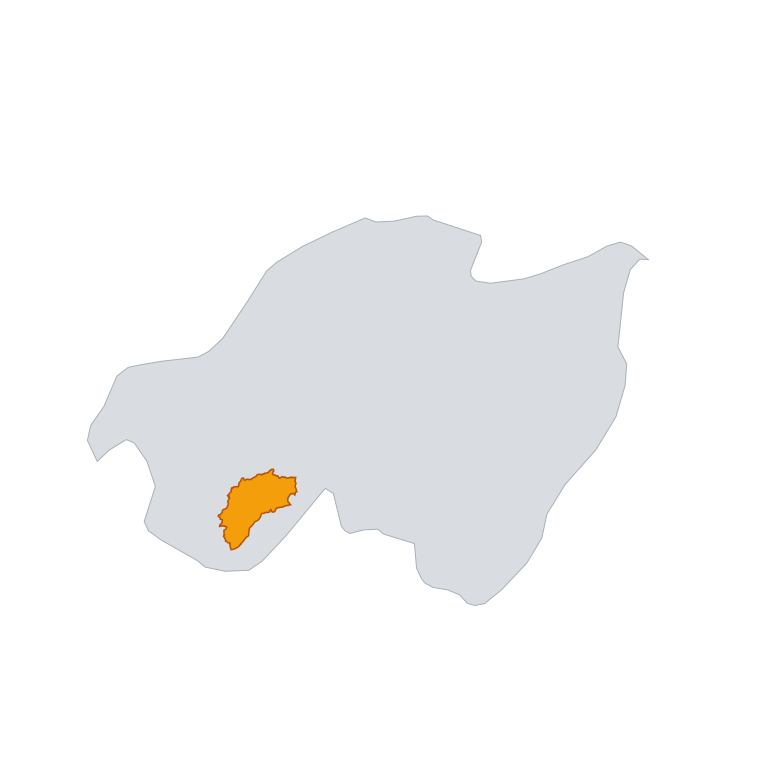 Huye, Southern, Rwanda (highlighted), rotated 36°
{"feature_id": "39286606B50862047870193", "entity_name": "Huye", "entity_type": "district", "adm_level": 2, "iso_a3": "RWA", "parent_name": "Rwanda", "parent_adm1": "Southern", "projection": "equal_earth", "projection_center": [29.71, -2.532], "detail": "fine", "context": "in_parent", "style": "filled", "palette": "amber", "viewbox_px": 768, "rotation_deg": 36, "n_neighbors": 0, "source": "geoboundaries", "source_scale": "gbopen_adm2", "svg_char_len": 6964}
<svg xmlns="http://www.w3.org/2000/svg" viewBox="0 0 768 768"><g transform="rotate(36 384 384)"><path d="M320.5,222.5L327.7,222.3L374.9,207.1L379.6,211.8L387.2,241.3L391.2,245.6L397.8,246.7L411.0,239.9L435.3,216.8L445.9,202.8L458.4,183.1L474.3,160.9L483.2,141.5L491.9,130.2L503.3,126.8L515.9,127.6L524.7,128.0L517.5,132.6L516.0,146.8L524.3,169.5L551.4,216.5L568.6,225.1L579.9,243.4L590.9,274.2L594.1,312.6L589.6,358.9L592.3,393.4L602.2,415.9L604.8,445.2L600.1,481.2L594.4,502.7L587.6,509.8L579.9,512.5L569.4,510.1L556.7,513.1L542.9,519.9L534.2,520.9L528.8,519.5L518.6,513.8L502.4,495.2L472.3,505.5L464.2,505.2L453.2,514.1L444.2,525.0L438.7,525.7L433.2,524.2L407.3,502.3L397.8,503.0L393.9,564.6L389.6,598.8L384.2,614.1L365.7,628.8L347.0,637.2L336.8,636.6L295.7,641.2L279.7,641.2L270.8,636.2L259.3,601.3L237.5,585.8L216.6,578.5L208.1,580.5L200.6,598.8L197.5,615.2L177.2,603.9L171.1,590.1L170.6,566.7L163.2,534.6L167.3,520.9L175.2,512.1L192.0,495.1L217.6,471.7L223.1,460.5L226.7,441.8L225.1,398.4L222.6,361.8L225.6,348.7L237.3,320.4L252.9,291.4L271.2,260.7L282.2,257.7L296.7,246.1L311.9,229.0L320.5,222.5Z" fill="#d9dde1" stroke="#a8b0b8" stroke-width="1"/><path d="M340.3,526.3L339.9,526.3L339.8,526.7L339.7,527.5L339.1,527.6L338.7,528.3L338.6,528.8L338.0,529.4L338.1,529.5L337.4,529.5L337.2,529.6L337.1,529.9L336.4,530.2L336.2,530.4L335.5,530.9L335.4,531.2L335.1,531.4L335.0,531.7L334.8,531.9L334.7,533.9L334.6,534.1L334.5,534.7L333.8,535.7L333.0,537.5L332.7,539.1L332.6,539.4L332.2,539.3L332.1,539.8L330.5,540.9L330.1,540.9L329.9,541.1L329.2,541.4L328.7,542.0L328.2,543.5L327.8,543.8L327.1,543.8L326.8,543.6L326.5,543.4L326.0,542.7L325.8,542.6L325.2,543.2L324.8,543.4L324.9,543.6L324.5,544.1L324.5,544.9L325.0,545.7L325.0,546.3L325.0,546.9L325.1,547.3L325.1,548.0L324.8,548.5L324.9,549.0L325.5,550.8L326.4,551.8L326.5,552.6L326.0,552.8L325.6,553.3L324.8,554.0L324.5,554.4L323.8,554.8L323.8,555.0L323.8,554.9L323.6,555.1L323.3,555.1L323.0,555.5L322.9,556.0L322.9,556.3L322.8,557.0L322.4,556.7L322.3,556.8L321.9,557.5L322.0,557.6L322.0,558.3L322.3,558.5L322.3,558.8L322.5,559.0L322.7,559.9L323.0,560.1L323.3,560.5L323.5,560.8L323.7,561.2L323.4,561.8L323.3,563.5L323.2,563.9L323.2,564.7L323.4,564.9L323.3,565.3L322.9,566.2L323.1,566.4L323.8,566.4L324.4,565.7L324.7,565.6L324.8,565.8L325.0,566.7L325.1,567.2L325.6,567.0L326.2,567.1L326.1,567.8L326.1,568.3L326.4,568.9L326.3,569.6L326.7,571.1L327.1,571.3L327.7,571.5L328.0,572.2L328.5,572.6L328.9,573.5L329.1,574.7L329.3,574.9L329.4,575.4L329.6,575.7L329.6,576.6L329.3,577.3L329.3,577.5L329.3,577.8L328.9,578.5L328.7,579.0L327.8,580.0L327.6,580.6L327.6,581.1L327.9,581.9L328.5,582.7L328.6,583.8L328.3,585.1L328.3,586.0L327.6,586.9L327.2,587.1L327.7,588.5L328.2,588.3L329.0,588.5L329.3,588.2L329.6,588.1L330.0,588.5L330.5,589.2L330.8,589.5L331.2,589.7L332.2,589.0L332.7,589.1L332.9,588.9L333.0,589.1L333.4,589.2L333.6,589.4L333.6,589.6L333.8,590.3L334.1,590.6L334.1,590.8L334.3,590.9L334.3,591.1L334.5,591.3L334.3,592.0L334.4,592.7L334.3,592.9L334.4,593.3L334.1,593.8L334.1,594.1L334.2,594.3L334.1,594.7L334.3,595.1L334.4,595.4L334.7,595.6L334.6,595.9L334.7,596.0L335.0,595.8L335.3,595.2L335.7,594.8L335.9,594.6L336.0,594.5L336.2,594.1L336.4,594.1L336.5,593.9L336.8,593.8L336.9,593.3L337.3,593.2L337.5,593.3L337.8,593.0L338.2,593.0L338.2,592.8L338.5,592.7L338.8,592.5L339.0,592.7L339.5,592.5L339.6,592.4L340.0,592.5L340.1,592.3L340.9,592.1L341.0,592.8L341.4,593.6L341.0,595.4L340.5,596.2L340.6,596.6L340.8,597.0L342.1,598.3L342.7,599.5L343.1,599.6L343.3,599.9L343.7,600.0L343.5,600.6L343.7,601.6L344.1,601.8L345.0,601.7L346.4,602.8L346.8,602.9L347.7,603.6L347.8,603.6L347.9,603.8L348.2,604.0L348.3,604.3L348.8,604.1L349.6,603.9L350.8,604.2L351.3,604.1L352.4,603.2L352.8,603.3L353.2,604.1L353.4,604.1L353.6,604.0L353.7,604.3L354.0,604.7L354.3,604.8L354.5,605.2L354.9,605.6L355.0,605.7L355.5,606.5L356.5,606.9L357.0,607.3L357.7,608.0L358.3,607.2L358.6,606.9L358.9,606.7L359.4,605.9L360.1,605.3L360.5,604.4L360.5,603.9L361.5,602.5L361.6,601.9L362.0,600.9L362.1,600.1L362.1,599.5L362.1,599.1L362.1,598.9L362.2,598.7L362.2,598.3L362.4,598.0L362.4,597.5L362.2,597.4L362.3,597.3L362.3,597.1L362.2,596.7L362.3,596.4L362.3,595.7L362.5,595.2L362.4,594.9L362.6,593.2L362.5,590.9L362.6,590.6L362.6,589.7L362.7,589.3L362.7,588.9L362.9,588.5L362.9,588.0L363.4,587.3L363.5,586.8L363.5,586.3L363.2,585.5L362.8,584.8L362.3,584.4L361.2,582.4L360.8,581.3L360.3,580.8L360.0,579.6L360.0,578.6L360.4,576.9L360.4,575.8L360.6,573.8L360.5,572.6L360.5,571.2L361.4,569.9L362.0,568.6L362.2,567.7L362.3,566.4L362.3,564.9L362.1,563.8L361.3,561.6L361.2,560.7L361.4,560.3L362.0,559.8L362.6,559.5L363.0,559.2L363.4,558.1L364.1,557.0L364.4,557.0L364.8,556.8L365.0,556.5L365.6,556.2L366.3,555.4L366.6,554.7L366.4,554.3L366.0,553.8L365.9,553.2L366.1,552.4L366.3,552.1L366.6,552.2L367.0,552.6L367.5,552.8L367.7,553.1L368.8,553.3L369.4,553.0L369.7,552.5L370.2,552.2L370.5,551.3L370.4,550.9L370.5,550.3L370.1,549.6L370.2,549.3L370.1,549.1L370.1,548.0L370.2,547.3L370.5,547.1L370.7,546.7L370.9,546.7L371.1,546.2L371.3,545.9L371.8,545.7L372.1,545.1L373.7,543.7L374.2,543.5L374.8,542.4L374.9,541.9L375.5,541.2L375.7,540.8L376.3,540.1L376.6,539.4L377.0,539.3L377.8,538.5L378.0,538.5L378.2,537.7L379.4,536.6L378.9,536.5L378.3,536.6L377.9,536.2L377.0,535.8L376.0,535.8L375.5,535.6L375.2,535.6L374.6,534.8L374.3,534.2L374.1,534.0L373.8,533.6L373.5,533.5L373.3,533.2L373.4,532.5L373.2,532.0L373.2,530.7L373.0,529.5L373.1,529.0L372.9,527.7L373.9,527.3L374.6,526.2L374.8,526.1L375.3,525.7L375.5,525.6L375.8,525.6L376.2,526.1L376.5,526.2L377.1,526.3L376.7,525.1L376.2,524.3L376.1,523.9L376.3,523.0L376.8,522.3L376.2,522.1L375.8,521.7L375.6,521.4L374.9,520.7L374.5,520.6L373.1,519.6L372.4,519.4L371.9,518.4L371.5,517.0L371.3,516.3L370.5,515.8L370.1,515.3L369.5,515.1L369.0,515.2L368.9,514.9L368.9,514.7L368.6,513.8L368.2,513.0L368.1,512.6L367.5,512.0L367.4,511.6L366.8,512.2L365.9,512.4L365.8,513.0L365.7,513.1L365.4,513.2L365.0,513.2L364.9,513.4L364.8,513.7L364.6,513.9L364.3,514.0L363.4,513.9L363.1,514.7L362.7,515.3L362.2,515.7L362.0,515.9L361.9,516.3L361.6,516.5L361.0,517.1L360.6,517.3L359.9,517.2L359.5,517.4L359.1,517.5L358.9,517.4L358.7,517.6L358.4,517.6L358.0,518.3L357.5,518.4L357.4,518.6L357.1,518.4L356.7,518.6L356.4,518.7L356.1,519.0L355.8,519.0L355.7,519.8L355.3,520.8L354.9,521.4L354.8,521.7L354.7,521.8L354.2,521.7L353.9,521.5L353.6,521.5L353.3,521.2L353.1,521.2L352.8,521.0L352.2,520.9L352.1,521.0L351.8,520.9L351.6,521.1L351.3,521.1L351.2,521.3L350.3,521.8L350.0,521.6L349.6,521.6L348.4,522.4L347.4,522.6L347.1,522.4L346.7,522.4L346.6,522.2L346.5,521.4L346.1,520.9L345.9,520.5L346.0,520.0L345.9,520.0L345.8,519.6L345.9,519.3L345.7,518.7L345.3,518.4L345.1,518.4L344.7,518.1L344.4,518.4L343.8,518.5L343.5,518.8L343.4,519.1L343.1,519.3L343.0,519.7L343.0,519.8L342.7,520.6L342.7,521.1L342.3,522.2L342.3,522.3L342.3,523.1L342.5,523.8L341.2,525.0L341.0,525.3L340.9,525.5L340.5,526.0L340.3,526.3Z" fill="#f59e0b" stroke="#b45309" stroke-width="1.5"/></g></svg>